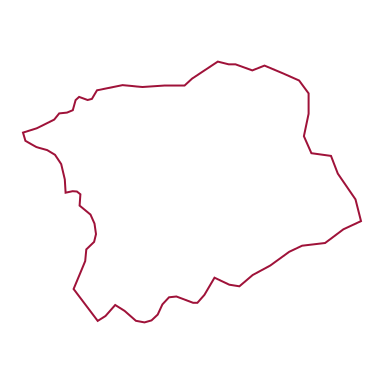 outline of Dilidjan, Tavush, Armenia
{"feature_id": "60910142B28859062428936", "entity_name": "Dilidjan", "entity_type": "district", "adm_level": 2, "iso_a3": "ARM", "parent_name": "Armenia", "parent_adm1": "Tavush", "projection": "orthographic", "projection_center": [44.852, 40.743], "detail": "fine", "context": "isolated", "style": "outline", "palette": "rose", "viewbox_px": 384, "rotation_deg": 0, "n_neighbors": 0, "source": "geoboundaries", "source_scale": "gbopen_adm2", "svg_char_len": 1044}
<svg xmlns="http://www.w3.org/2000/svg" viewBox="0 0 384 384"><path d="M73.6,289.0L97.7,320.9L105.5,316.0L115.2,305.0L124.6,310.9L135.9,320.8L144.5,322.4L151.5,320.4L157.7,314.6L162.4,304.4L169.0,297.3L176.4,296.5L193.1,302.8L197.4,302.8L204.4,294.9L214.5,277.7L229.3,284.7L239.4,286.3L252.7,275.0L270.3,265.5L289.2,251.8L302.1,245.7L325.1,243.0L343.4,229.3L361.0,221.1L355.5,199.4L337.8,173.6L331.0,155.9L311.4,153.2L303.9,136.2L308.6,113.8L308.6,93.4L299.1,80.5L282.1,73.0L264.5,65.6L252.3,70.4L235.4,64.3L228.6,64.3L217.8,61.6L213.7,64.3L192.1,78.6L184.6,85.5L165.0,85.5L142.5,87.0L136.7,86.5L132.0,86.0L123.3,85.2L122.7,85.1L97.0,90.3L91.9,98.9L87.6,100.0L79.1,96.9L75.6,100.1L72.8,110.2L67.0,112.6L59.2,113.4L54.2,119.6L36.7,128.3L23.0,132.6L24.8,138.7L25.4,140.8L31.3,144.2L36.3,147.0L38.9,147.8L47.2,150.1L55.0,154.8L61.2,164.1L64.8,179.4L65.6,192.7L72.6,191.2L76.9,191.5L80.4,194.3L79.6,205.6L90.5,214.6L94.5,223.6L96.0,234.1L94.1,241.9L86.3,249.4L85.2,261.1L80.9,271.5L73.6,289.0Z" fill="none" stroke="#9f1239" stroke-width="2"/></svg>